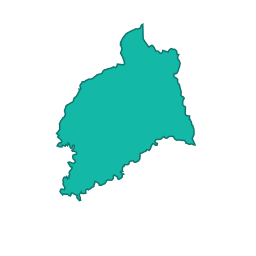 outline of Lebon Régis, Santa Catarina, Brazil, rotated 36°
{"feature_id": "56859067B67369109859398", "entity_name": "Lebon Régis", "entity_type": "district", "adm_level": 2, "iso_a3": "BRA", "parent_name": "Brazil", "parent_adm1": "Santa Catarina", "projection": "robinson", "projection_center": [-50.697, -26.878], "detail": "fine", "context": "isolated", "style": "filled", "palette": "teal", "viewbox_px": 256, "rotation_deg": 36, "n_neighbors": 0, "source": "geoboundaries", "source_scale": "gbopen_adm2", "svg_char_len": 5113}
<svg xmlns="http://www.w3.org/2000/svg" viewBox="0 0 256 256"><g transform="rotate(36 128 128)"><path d="M65.6,125.3L66.8,126.1L67.0,128.2L67.2,129.5L67.4,130.7L67.6,132.1L67.5,133.6L66.8,135.1L67.2,136.9L68.0,138.2L68.0,139.7L67.2,140.7L66.6,142.3L66.0,143.9L65.3,145.0L64.9,146.5L65.4,147.9L65.9,149.3L66.1,150.7L67.0,151.9L68.0,152.6L68.9,153.1L69.6,154.6L70.1,156.7L69.3,157.8L69.5,159.5L69.4,161.4L69.6,162.7L70.0,163.8L70.1,165.1L71.3,165.9L72.1,167.4L73.0,168.4L73.6,169.3L73.6,171.1L73.7,172.8L73.3,174.3L75.1,174.6L76.5,174.7L76.4,176.6L77.8,176.8L79.5,176.8L80.9,177.0L82.2,177.8L82.7,179.3L81.5,179.8L81.0,181.2L80.9,182.6L81.2,184.1L82.6,183.8L84.2,183.1L85.7,182.1L85.0,180.4L86.4,180.0L87.9,179.5L87.3,177.9L88.4,177.7L89.6,177.9L89.4,176.6L88.5,175.5L90.1,175.6L91.5,176.5L92.5,177.7L93.6,177.9L94.5,177.3L94.0,175.7L93.7,174.1L94.7,173.7L95.6,174.9L96.2,176.3L96.2,177.9L95.6,179.0L96.8,179.5L97.8,178.7L98.7,178.2L100.2,178.0L101.5,178.7L101.5,180.0L100.4,180.7L99.5,182.4L100.1,183.5L100.8,184.4L101.6,185.1L102.8,185.4L104.1,185.4L105.4,186.3L105.0,187.7L104.6,188.9L103.4,189.2L101.9,189.5L100.5,190.0L99.8,191.2L101.1,191.8L102.1,192.2L103.1,192.8L104.6,193.1L105.8,192.6L106.3,193.6L106.5,195.2L106.2,197.5L106.9,199.1L108.3,200.0L108.3,201.6L109.6,203.0L109.0,204.6L108.1,203.9L107.0,203.3L106.9,204.8L105.8,204.7L105.2,205.9L105.7,207.5L106.5,209.0L107.8,210.1L108.4,211.6L109.5,212.2L111.0,212.8L112.4,213.7L112.6,215.5L111.0,215.9L109.7,216.8L110.2,219.2L111.9,220.0L113.4,220.1L114.4,220.6L114.9,219.2L116.2,218.5L117.3,217.6L118.3,217.1L119.8,217.3L121.3,216.9L121.1,215.4L120.4,214.0L121.3,213.3L122.8,213.1L124.5,212.9L126.5,212.4L127.1,213.9L128.3,214.6L129.7,214.8L131.2,215.4L132.1,214.4L131.2,213.5L130.2,212.3L129.0,211.6L128.1,211.0L127.5,209.8L127.9,208.5L127.7,207.2L129.1,208.0L130.2,207.5L131.3,206.4L132.2,205.6L131.0,204.2L130.3,202.7L131.1,201.3L132.3,201.3L133.1,199.7L133.7,197.3L134.7,195.6L134.0,193.9L133.5,192.3L132.8,190.5L134.0,190.2L135.5,190.0L137.0,190.1L138.2,191.1L139.4,190.6L140.2,189.8L140.7,188.4L141.9,186.9L142.0,185.1L141.6,183.1L142.3,181.9L143.4,181.3L144.5,180.4L145.4,179.8L145.8,178.7L145.6,177.1L144.6,175.9L144.2,174.4L146.1,173.9L147.2,174.0L148.3,173.8L149.3,174.9L150.5,175.1L151.2,174.1L151.9,172.7L152.1,171.1L151.6,170.1L150.7,169.3L151.6,167.9L150.3,167.9L149.0,168.2L147.9,168.3L147.9,167.0L149.2,166.1L148.1,165.5L147.2,163.9L146.6,162.3L147.3,161.4L146.7,159.8L148.2,158.7L149.5,157.6L149.8,156.3L149.0,155.0L149.5,153.4L150.4,152.4L151.4,151.6L153.4,151.9L154.5,151.1L155.1,149.7L155.8,148.4L155.8,146.3L154.9,144.9L154.3,143.4L153.1,142.6L152.9,141.1L153.8,140.3L154.4,139.3L155.1,137.6L156.2,135.9L155.8,134.6L156.8,134.0L158.3,133.7L158.3,131.9L157.9,130.4L157.6,128.9L157.2,127.5L157.1,126.2L158.7,125.6L160.5,125.8L161.6,124.7L160.9,123.3L159.8,123.4L158.7,123.7L157.5,122.6L157.3,121.1L158.4,120.1L159.9,119.0L161.1,117.7L161.4,116.3L161.6,115.0L162.0,113.8L163.5,114.3L164.9,113.8L165.9,112.8L165.8,111.2L166.7,110.3L168.0,109.2L169.7,108.2L171.4,109.0L172.9,109.5L174.3,109.3L175.5,108.5L176.6,107.3L178.5,106.7L180.0,105.4L181.2,104.9L182.7,105.4L183.9,106.2L184.9,105.6L186.0,105.4L187.1,105.3L188.0,104.3L188.9,103.4L191.0,103.0L192.2,102.3L191.1,101.6L189.7,100.8L188.1,100.0L187.1,99.4L186.1,98.8L185.9,97.5L185.6,96.2L185.2,94.4L184.1,93.0L183.3,91.8L182.5,91.0L181.5,89.8L179.8,88.8L178.7,87.8L177.6,88.0L176.8,86.9L175.7,85.9L174.0,85.2L173.1,84.5L172.1,84.7L171.5,83.1L170.7,82.1L169.6,82.8L168.0,83.6L166.4,83.3L165.3,82.1L164.5,80.7L163.6,79.5L162.7,77.9L161.7,77.1L160.7,77.3L159.5,77.4L158.2,76.6L157.5,75.4L156.6,74.4L156.3,72.7L155.9,70.8L154.5,70.4L153.2,70.7L151.4,70.4L150.5,68.5L149.5,67.3L148.6,66.5L147.5,65.8L146.1,64.6L144.7,63.2L143.4,62.5L141.9,62.2L140.6,61.2L139.9,59.8L138.5,59.2L136.8,59.3L135.2,59.6L133.9,58.3L133.5,56.6L134.6,56.3L135.3,54.9L135.1,53.1L134.6,51.3L133.9,49.7L133.8,48.5L133.1,47.3L132.4,45.3L131.0,44.2L129.8,43.4L128.7,43.2L127.2,42.5L126.2,40.8L125.9,38.8L124.3,39.5L123.4,38.6L122.3,37.3L121.0,37.0L119.5,36.9L118.4,37.8L117.3,38.0L116.3,38.3L115.7,39.7L115.5,41.5L115.8,43.0L110.6,44.8L111.2,45.8L111.3,47.2L110.3,48.6L109.2,48.6L107.8,48.1L106.2,48.6L105.2,49.5L104.0,48.7L103.0,48.2L102.0,47.6L100.7,47.3L99.4,46.8L98.3,47.5L97.9,48.8L97.4,50.3L90.9,48.2L87.8,46.9L79.0,35.4L78.4,37.0L78.8,38.1L79.1,39.9L78.4,41.2L77.9,42.2L76.9,42.6L75.5,43.8L75.1,45.4L74.0,46.6L73.4,48.1L72.6,49.6L71.8,51.1L71.2,52.8L71.1,54.6L71.0,56.3L70.9,58.2L71.2,59.7L71.5,61.2L71.5,62.7L72.0,63.7L73.1,63.9L73.0,65.4L74.3,65.8L75.4,66.6L76.4,67.1L76.8,68.2L77.3,69.3L77.6,70.8L78.1,72.0L79.2,72.4L80.2,72.9L81.5,73.4L82.7,74.3L84.3,75.3L85.5,76.1L86.5,77.0L87.5,78.2L87.1,79.6L81.9,82.5L82.4,83.7L82.7,85.0L82.6,86.5L80.4,87.0L79.1,89.5L78.0,90.8L77.0,91.8L75.9,93.6L74.8,94.8L74.4,96.6L74.8,98.8L74.2,100.2L73.0,101.5L71.7,103.2L71.3,105.1L70.8,106.8L70.5,108.3L69.5,109.9L68.5,110.9L67.2,111.9L66.7,113.6L65.8,114.5L65.9,116.0L64.6,116.8L63.8,117.6L64.2,119.1L64.0,120.6L64.2,121.7L65.0,122.8L66.3,123.4L66.8,124.6L65.6,125.3Z" fill="#14b8a6" stroke="#0f766e" stroke-width="1.5"/></g></svg>